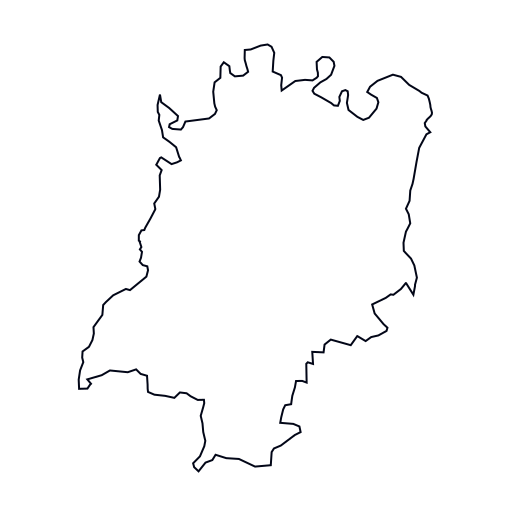 Mandalay, Mandalay, Myanmar (Albers equal-area conic projection), rotated 175°
{"feature_id": "60261553B2723221956862", "entity_name": "Mandalay", "entity_type": "district", "adm_level": 2, "iso_a3": "MMR", "parent_name": "Myanmar", "parent_adm1": "Mandalay", "projection": "albers", "projection_center": [96.164, 21.97], "detail": "fine", "context": "isolated", "style": "outline", "palette": "ink", "viewbox_px": 512, "rotation_deg": 175, "n_neighbors": 0, "source": "geoboundaries", "source_scale": "gbopen_adm2", "svg_char_len": 3373}
<svg xmlns="http://www.w3.org/2000/svg" viewBox="0 0 512 512"><g transform="rotate(175 256 256)"><path d="M337.6,425.2L340.9,415.0L341.3,408.1L340.0,405.0L340.5,402.5L341.1,399.4L338.7,389.6L338.2,382.3L332.3,377.3L326.1,371.3L323.9,361.3L323.6,360.9L322.5,357.8L326.5,356.2L332.1,354.9L341.8,362.5L343.2,361.9L347.1,356.0L347.4,355.6L342.5,349.8L344.9,344.7L345.7,330.4L347.5,323.5L352.8,317.2L352.2,311.6L352.4,311.1L357.9,302.5L363.9,293.8L365.0,291.6L367.9,291.5L370.9,287.0L371.4,281.5L370.3,280.6L370.6,280.1L369.4,274.9L371.1,272.7L369.2,270.1L370.7,264.3L372.5,260.6L369.6,256.8L365.2,255.2L364.8,251.2L367.0,245.0L384.5,233.0L388.5,234.5L401.7,229.3L409.4,223.3L412.5,220.5L414.2,210.7L418.9,205.3L424.1,199.3L424.3,192.9L426.3,186.5L430.3,180.1L437.1,176.0L438.0,169.9L437.3,165.3L441.2,157.4L443.4,148.3L443.8,139.1L435.5,138.6L432.6,142.2L431.5,143.1L434.8,147.8L420.1,150.7L411.5,154.7L393.9,151.4L385.3,153.5L381.2,148.6L375.0,146.2L375.2,137.4L375.5,133.1L375.4,130.0L369.3,126.7L358.7,124.6L349.7,121.8L343.7,126.7L337.1,125.3L333.4,122.0L326.6,117.7L320.4,117.3L320.4,113.9L321.7,110.2L325.0,101.6L323.9,94.0L323.9,85.2L322.6,76.3L324.1,71.0L329.3,61.3L336.7,55.0L336.0,51.0L334.9,49.8L332.0,46.5L324.3,54.6L317.3,56.5L313.6,61.5L303.2,57.2L290.7,55.3L275.3,46.3L259.5,46.3L257.5,59.3L254.9,62.7L247.8,65.0L232.9,74.3L226.9,76.7L227.6,82.4L233.5,85.5L246.4,87.7L244.9,93.2L242.3,100.8L239.9,104.8L233.9,105.3L233.3,108.1L232.0,113.6L228.7,121.7L227.0,128.0L220.8,127.5L216.6,125.5L215.3,144.2L213.7,145.6L208.6,143.5L208.3,155.6L197.1,154.1L195.4,161.8L188.8,166.2L173.1,160.3L169.4,158.9L162.1,167.4L161.9,167.3L154.2,161.7L148.3,165.2L141.0,166.2L132.5,170.0L131.3,173.1L134.8,176.9L142.8,188.4L144.5,197.6L130.3,203.0L125.2,206.0L122.5,205.4L114.5,210.5L109.2,215.9L108.8,215.8L102.6,203.7L100.2,212.2L100.1,213.5L97.6,220.4L99.1,232.8L101.8,239.9L106.5,245.8L108.3,248.2L107.9,256.4L104.5,267.2L102.6,270.1L99.5,275.1L100.2,284.2L100.3,284.5L102.5,290.0L98.2,297.6L96.6,307.8L93.8,314.2L92.3,319.0L87.9,335.7L84.0,349.5L75.6,362.4L71.6,364.1L76.0,370.3L76.3,373.7L74.2,376.2L74.1,376.7L72.6,378.0L71.4,378.9L69.9,380.1L68.6,381.7L68.2,383.3L68.5,385.5L68.9,387.2L69.2,389.1L69.2,391.2L69.5,393.8L69.8,395.8L70.1,397.7L71.1,400.9L76.8,404.2L78.9,406.2L88.5,413.1L95.9,421.8L103.8,424.7L119.7,419.9L127.6,414.7L130.9,409.7L127.4,406.8L121.8,402.9L120.7,398.5L123.1,392.3L131.4,383.9L137.3,382.2L142.9,385.8L151.1,393.4L152.1,400.6L150.2,408.3L150.3,412.1L152.5,413.5L156.0,412.6L159.1,407.2L159.0,403.2L161.3,398.5L165.2,399.2L167.8,401.8L177.2,408.4L183.8,412.6L185.3,415.6L183.5,418.5L176.7,423.4L170.4,426.2L165.4,430.0L161.3,438.6L161.7,442.7L165.6,447.4L172.6,448.5L178.7,444.1L179.0,436.6L178.4,433.3L178.6,429.7L180.0,428.3L184.4,426.0L191.8,427.2L201.6,426.9L216.0,418.6L216.0,423.9L214.5,431.4L215.4,434.0L223.3,438.3L221.7,449.0L220.1,456.8L222.3,463.1L226.0,465.7L233.0,465.2L243.3,462.2L249.2,462.2L250.1,454.2L250.1,452.1L249.4,448.6L249.0,446.1L248.3,443.1L247.8,440.2L253.1,436.8L261.4,436.8L265.7,440.5L265.9,443.5L266.0,447.4L271.2,451.8L274.7,447.8L276.0,436.6L282.1,432.6L284.3,423.4L284.2,411.7L283.7,408.3L282.4,404.7L284.5,401.1L290.8,397.1L314.6,396.1L317.5,390.7L319.8,388.5L328.3,389.9L331.4,392.0L330.5,394.8L322.6,397.9L321.5,402.2L329.6,411.0L337.0,417.5L337.6,425.2Z" fill="none" stroke="#020617" stroke-width="2"/></g></svg>